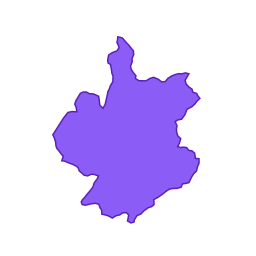 Serra Negra, São Paulo, Brazil, rotated 56°
{"feature_id": "56859067B13856300620043", "entity_name": "Serra Negra", "entity_type": "district", "adm_level": 2, "iso_a3": "BRA", "parent_name": "Brazil", "parent_adm1": "São Paulo", "projection": "natural_earth1", "projection_center": [-46.694, -22.584], "detail": "fine", "context": "isolated", "style": "filled", "palette": "violet", "viewbox_px": 256, "rotation_deg": 56, "n_neighbors": 0, "source": "geoboundaries", "source_scale": "gbopen_adm2", "svg_char_len": 2115}
<svg xmlns="http://www.w3.org/2000/svg" viewBox="0 0 256 256"><g transform="rotate(56 128 128)"><path d="M104.8,198.4L108.8,198.0L112.6,197.9L115.2,197.4L118.1,201.2L120.0,199.1L123.6,196.8L126.9,194.4L130.3,192.4L132.8,191.6L136.4,192.4L140.1,191.3L142.4,190.9L145.1,188.3L145.8,184.4L147.5,182.1L151.2,179.3L153.1,182.3L154.5,186.6L157.4,190.2L158.8,194.4L160.2,199.5L161.3,202.7L161.9,205.6L163.1,208.1L165.8,208.8L168.2,206.5L170.1,201.3L172.1,197.3L174.9,194.8L178.4,195.8L181.5,195.8L184.8,197.9L187.6,195.2L190.1,193.3L193.9,191.3L194.0,187.2L195.4,183.5L195.4,179.7L197.4,176.6L200.4,176.1L202.6,178.1L204.7,180.4L208.3,178.7L209.3,175.6L207.3,173.4L205.7,169.5L206.5,165.3L205.6,161.4L205.4,155.9L206.4,152.3L206.1,149.2L201.8,146.7L202.2,141.9L202.2,137.1L201.8,132.1L201.8,128.2L203.0,125.0L205.4,121.3L206.8,117.2L204.8,114.0L206.3,111.0L207.4,107.9L205.8,105.5L204.1,102.4L202.6,99.0L202.0,95.3L199.4,92.6L196.9,88.8L193.1,86.3L191.0,89.1L186.0,86.8L182.7,87.8L180.5,90.1L176.9,90.4L174.8,92.8L173.6,95.3L171.2,97.3L169.4,94.0L166.4,90.3L162.1,91.1L158.3,89.8L155.9,88.4L153.5,86.1L149.1,85.4L149.1,82.3L150.7,78.6L148.8,73.4L145.5,68.6L146.1,63.0L145.4,58.8L144.4,56.2L143.6,51.8L140.7,52.1L137.6,51.8L134.7,54.3L131.6,53.2L128.0,54.6L124.2,55.2L120.4,54.0L117.1,47.2L114.4,49.6L113.1,53.3L111.3,55.5L110.0,59.4L109.3,62.7L109.1,66.8L110.3,71.2L108.7,74.3L104.6,75.6L100.3,78.4L99.1,82.4L99.0,86.6L97.5,88.8L94.9,92.5L91.0,94.2L89.1,92.2L85.7,92.6L81.3,92.6L78.0,91.2L75.4,87.4L72.7,85.8L70.3,82.2L67.1,80.4L63.0,80.8L60.1,80.9L56.8,81.6L52.8,82.0L50.0,82.4L46.7,85.5L48.7,87.1L51.0,89.4L53.5,89.7L56.4,90.5L57.9,94.0L56.7,98.9L56.7,103.3L60.6,107.1L63.1,108.2L65.5,107.0L67.9,108.0L71.0,109.4L73.5,110.7L76.5,111.3L78.5,112.8L81.1,114.6L83.0,118.8L85.2,121.7L86.5,124.2L89.3,127.0L95.7,133.8L97.6,137.7L93.2,138.6L89.1,136.4L85.3,134.6L80.5,137.5L78.1,140.7L74.9,142.4L73.1,145.0L72.6,148.1L74.5,152.2L76.2,155.9L78.5,158.8L81.7,159.4L86.0,161.3L83.0,165.3L81.5,169.2L83.8,176.1L91.6,194.1L95.4,194.7L99.2,195.9L102.3,197.6L104.8,198.4Z" fill="#8b5cf6" stroke="#5b21b6" stroke-width="1.5"/></g></svg>